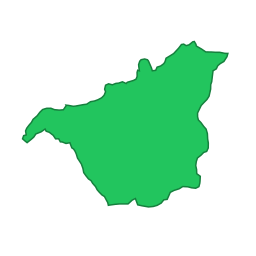 the district of Alethriko, Larnaca, Cyprus, rotated 85°
{"feature_id": "46923920B84228203129676", "entity_name": "Alethriko", "entity_type": "district", "adm_level": 2, "iso_a3": "CYP", "parent_name": "Cyprus", "parent_adm1": "Larnaca", "projection": "natural_earth1", "projection_center": [33.491, 34.86], "detail": "fine", "context": "isolated", "style": "filled", "palette": "green", "viewbox_px": 256, "rotation_deg": 85, "n_neighbors": 0, "source": "geoboundaries", "source_scale": "gbopen_adm2", "svg_char_len": 2143}
<svg xmlns="http://www.w3.org/2000/svg" viewBox="0 0 256 256"><g transform="rotate(85 128 128)"><path d="M47.6,54.4L47.8,56.0L50.5,60.0L51.0,62.9L49.3,65.2L49.5,67.5L52.9,70.6L57.8,76.0L59.6,79.5L61.8,84.0L65.1,85.3L67.0,86.7L69.1,90.1L69.9,93.7L73.0,95.4L73.1,98.8L70.2,99.4L63.0,101.8L61.7,102.7L60.7,105.4L61.1,109.0L62.5,110.5L65.8,111.9L67.9,111.9L72.0,111.7L71.3,113.3L73.4,114.1L77.4,114.4L80.0,115.7L81.1,118.4L82.4,124.7L83.5,126.0L81.5,129.5L82.5,133.5L82.5,136.2L83.6,139.8L82.3,143.5L83.4,146.6L87.3,147.9L90.0,147.2L93.4,149.0L95.6,151.6L97.2,155.4L98.2,159.1L98.5,163.0L100.7,167.1L100.8,170.1L101.1,173.2L101.6,178.5L101.6,180.7L100.3,185.3L99.8,187.8L100.3,187.6L104.2,190.8L104.2,194.9L103.3,199.7L101.6,203.1L101.3,207.4L101.7,209.4L102.2,211.5L104.6,214.4L107.9,217.4L111.1,221.8L114.0,223.7L116.4,226.2L119.4,228.9L122.0,230.3L126.0,230.0L126.5,232.6L129.6,234.0L132.2,231.5L133.8,229.8L130.8,225.3L128.9,222.7L125.9,220.3L124.2,214.8L121.8,210.7L124.1,209.8L125.4,206.8L128.8,203.1L132.5,201.1L132.7,198.0L135.9,196.6L136.2,194.7L138.0,191.1L137.6,187.2L142.9,185.7L144.2,184.0L146.7,182.7L149.3,181.8L153.6,180.9L157.5,178.8L159.8,177.6L164.4,176.4L168.6,176.0L172.0,174.0L175.3,171.8L177.2,169.4L180.1,168.0L183.6,165.4L186.8,164.1L189.2,162.4L192.4,159.8L194.2,157.4L198.0,155.8L200.5,154.7L203.3,154.3L203.2,153.6L202.9,147.3L202.9,143.1L203.3,138.7L203.6,134.5L200.2,130.1L198.9,126.8L205.4,125.0L206.7,120.9L208.4,114.5L208.4,109.8L207.6,105.7L205.7,101.5L202.7,98.6L202.5,95.2L195.8,91.5L194.2,87.6L193.0,82.3L191.1,78.6L191.8,73.5L193.1,69.9L193.9,65.8L192.6,62.5L189.3,61.3L187.3,60.9L182.4,60.2L179.5,63.5L175.3,63.3L171.4,63.8L167.4,62.9L163.9,61.4L161.4,57.6L158.9,54.7L158.2,51.7L154.9,49.8L150.0,49.3L145.9,49.6L140.5,49.4L135.9,50.3L132.9,52.5L128.9,54.9L126.1,57.2L122.9,57.7L119.1,57.4L115.4,55.2L111.9,53.1L109.3,50.2L106.5,46.9L103.4,44.5L96.5,42.3L91.9,41.8L89.3,40.6L84.0,39.5L78.4,38.3L76.8,34.9L73.7,33.1L71.9,30.5L70.1,26.7L65.6,23.2L62.4,22.0L62.1,24.9L60.6,30.0L60.2,34.3L59.6,38.2L59.0,43.9L55.8,47.8L52.3,52.8L50.6,53.0L47.6,54.4Z" fill="#22c55e" stroke="#15803d" stroke-width="1.5"/></g></svg>